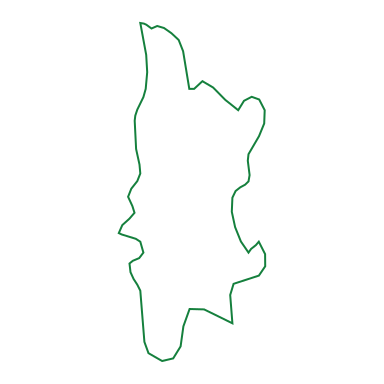 outline of Phuket
{"feature_id": "THA-377", "entity_name": "Phuket", "entity_type": "Province", "adm_level": 1, "iso_a3": "THA", "parent_name": "Thailand", "parent_adm1": "", "projection": "mercator", "projection_center": [98.341, 7.98], "detail": "fine", "context": "isolated", "style": "outline", "palette": "green", "viewbox_px": 384, "rotation_deg": 0, "n_neighbors": 0, "source": "natural_earth", "source_scale": "10m", "svg_char_len": 1067}
<svg xmlns="http://www.w3.org/2000/svg" viewBox="0 0 384 384"><path d="M248.5,252.6L251.1,248.9L255.9,245.1L258.8,241.7L265.1,254.1L265.2,266.3L258.9,275.6L233.6,283.8L230.2,295.0L232.4,323.3L204.1,309.4L189.6,309.0L183.4,326.3L180.6,346.4L173.2,358.4L162.1,361.0L148.5,353.2L144.4,341.9L140.3,290.7L137.3,284.7L133.6,279.0L130.5,272.2L129.5,263.5L132.8,260.8L139.2,258.1L143.4,252.6L140.3,241.7L135.8,238.8L121.8,234.5L118.8,233.1L122.3,225.1L129.4,218.7L134.5,212.8L132.4,206.1L128.1,196.8L131.3,188.7L137.3,181.1L140.3,173.5L139.5,164.6L136.1,149.0L134.7,120.7L135.3,115.6L137.3,109.6L143.4,97.1L145.7,88.9L147.2,72.2L146.2,54.9L140.3,23.0L143.9,23.6L146.3,24.7L151.5,28.5L157.2,26.0L164.0,28.0L171.4,33.2L178.7,40.0L183.1,51.2L189.3,88.9L194.1,88.9L202.4,81.2L213.1,87.5L225.3,99.9L238.2,110.2L244.0,100.8L251.7,96.8L259.2,99.5L264.7,110.2L264.2,123.5L259.0,136.2L248.5,154.2L247.8,160.7L249.6,175.1L248.5,181.4L245.1,184.7L240.3,187.3L235.6,191.0L232.4,197.7L231.8,211.8L235.1,227.1L240.9,241.5L248.5,252.6Z" fill="none" stroke="#15803d" stroke-width="2"/></svg>